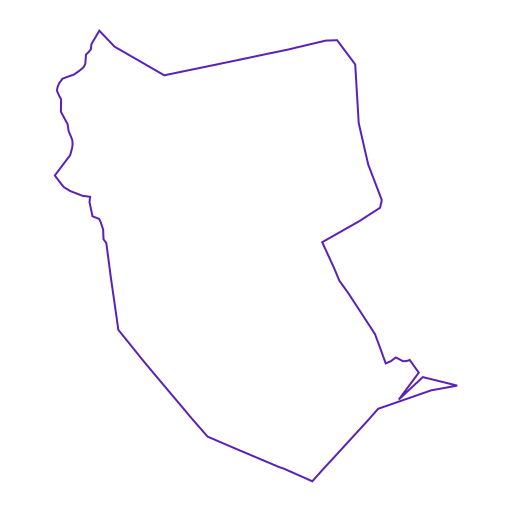 the district of Teotongo, Oaxaca, Mexico
{"feature_id": "50627088B1366464462035", "entity_name": "Teotongo", "entity_type": "district", "adm_level": 2, "iso_a3": "MEX", "parent_name": "Mexico", "parent_adm1": "Oaxaca", "projection": "albers", "projection_center": [-97.542, 17.746], "detail": "fine", "context": "isolated", "style": "outline", "palette": "violet", "viewbox_px": 512, "rotation_deg": 0, "n_neighbors": 0, "source": "geoboundaries", "source_scale": "gbopen_adm2", "svg_char_len": 1343}
<svg xmlns="http://www.w3.org/2000/svg" viewBox="0 0 512 512"><path d="M60.9,111.7L67.6,124.2L68.6,131.0L71.1,137.0L72.3,140.1L72.6,143.9L72.2,147.7L70.2,155.1L54.8,175.5L60.8,183.4L63.8,187.1L70.3,191.1L82.5,195.8L90.1,196.8L89.5,202.1L92.5,216.3L99.1,218.9L100.6,221.8L103.2,229.8L103.3,233.9L103.5,239.2L103.9,239.8L106.3,243.0L110.7,276.4L117.5,323.8L118.3,329.8L143.3,360.8L152.3,371.6L189.1,415.3L189.6,416.0L203.9,432.4L204.0,432.5L207.6,436.6L220.0,442.0L236.6,449.1L278.7,466.9L283.7,468.6L312.3,481.3L324.9,467.2L330.4,461.3L368.0,420.3L378.1,408.8L431.3,390.3L457.2,385.6L422.8,377.1L398.8,399.5L403.3,393.5L409.9,384.6L416.3,376.0L418.8,372.7L413.3,365.0L409.7,359.9L408.0,360.7L405.3,361.1L402.9,361.2L399.1,359.1L395.8,357.5L390.8,361.2L385.7,363.4L379.2,345.4L374.9,333.9L348.6,293.6L339.3,280.6L334.2,268.3L322.2,242.2L360.4,220.5L370.3,214.0L371.5,213.3L380.1,207.7L381.8,200.1L368.2,164.5L358.7,123.0L355.2,64.4L337.1,40.2L325.7,40.6L297.9,47.2L297.0,47.4L296.1,47.6L295.8,47.7L288.3,49.5L287.4,49.7L266.5,54.0L251.5,57.2L193.9,69.2L192.7,69.4L192.3,69.5L164.2,75.3L143.8,63.5L114.6,46.7L99.3,30.7L91.4,44.2L90.9,49.2L88.7,52.0L86.0,54.6L85.3,63.8L83.5,67.3L79.2,70.9L73.8,74.6L67.0,77.0L62.5,78.7L59.3,83.0L57.6,86.9L56.9,90.5L58.5,94.4L61.1,99.4L60.9,111.6L60.9,111.7Z" fill="none" stroke="#5b21b6" stroke-width="2"/></svg>